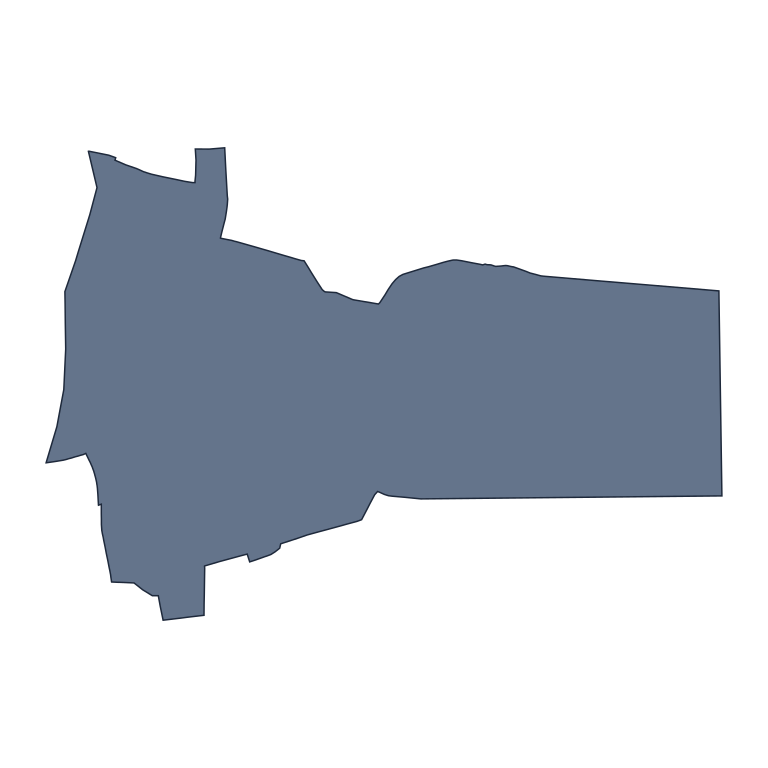 Al Tibbin, Al Qahirah, Egypt (Robinson projection)
{"feature_id": "37247803B18410334160069", "entity_name": "Al Tibbin", "entity_type": "district", "adm_level": 2, "iso_a3": "EGY", "parent_name": "Egypt", "parent_adm1": "Al Qahirah", "projection": "robinson", "projection_center": [31.32, 29.779], "detail": "fine", "context": "isolated", "style": "filled", "palette": "slate", "viewbox_px": 768, "rotation_deg": 0, "n_neighbors": 0, "source": "geoboundaries", "source_scale": "gbopen_adm2", "svg_char_len": 3185}
<svg xmlns="http://www.w3.org/2000/svg" viewBox="0 0 768 768"><path d="M485.1,264.1L482.7,264.9L480.1,264.3L472.0,262.8L461.4,260.7L456.6,260.0L453.6,260.0L452.7,260.1L451.7,260.3L447.3,261.3L443.2,262.4L436.9,264.3L428.3,266.8L423.8,267.9L413.8,271.0L407.7,272.9L402.9,274.4L399.2,276.4L395.7,279.5L392.1,283.7L388.2,289.5L385.1,294.7L379.8,302.7L379.1,303.4L378.4,304.0L353.5,299.8L352.8,299.6L352.2,299.4L336.3,292.6L325.2,291.9L324.5,291.5L323.9,291.1L322.2,289.6L317.0,281.6L311.5,272.8L308.3,267.5L304.1,260.8L301.4,260.5L295.0,258.7L291.1,257.5L283.8,255.4L273.7,252.4L267.7,250.6L262.1,249.0L254.9,246.9L248.5,245.1L242.9,243.5L235.8,241.5L235.1,241.4L234.4,241.2L231.7,240.4L227.0,239.5L224.5,239.0L222.1,238.5L220.5,238.2L220.5,237.7L221.9,231.8L224.2,222.8L225.2,219.1L226.4,211.6L227.0,207.3L227.3,204.6L227.7,199.1L227.3,195.8L226.8,187.2L225.8,169.7L224.7,147.8L209.1,149.1L195.3,149.0L196.0,160.1L195.6,175.3L195.0,181.2L195.0,181.9L195.0,182.6L192.7,182.6L190.0,182.2L184.5,181.3L176.1,179.5L162.9,176.8L151.5,174.2L147.2,172.9L144.9,172.1L144.1,171.9L143.3,171.6L140.5,170.3L138.3,169.3L137.5,169.0L136.7,168.6L125.6,164.8L115.0,160.2L115.7,157.7L114.9,157.4L114.1,157.1L108.8,155.2L88.9,151.2L88.7,151.2L88.4,151.3L97.0,187.6L89.8,214.7L78.4,251.4L75.6,260.7L64.9,291.6L65.1,304.4L65.3,323.4L65.7,349.0L63.8,389.6L58.8,416.3L56.9,426.6L46.1,462.8L46.4,462.8L46.6,462.8L46.9,462.7L53.2,461.8L56.5,461.3L60.1,460.7L63.2,460.2L66.1,459.5L68.7,458.7L71.5,458.0L75.2,456.8L78.0,456.1L80.5,455.3L83.2,454.6L85.8,453.4L88.6,459.2L89.0,460.1L89.4,460.8L90.4,462.8L91.1,464.5L91.7,465.8L92.3,467.1L92.7,468.4L93.2,469.7L93.8,471.3L94.1,472.5L94.5,473.7L94.8,475.0L95.3,476.7L95.8,478.7L96.2,480.5L96.6,482.3L96.8,483.9L97.1,485.6L97.4,488.2L97.9,494.8L98.2,500.6L98.4,503.9L98.4,504.6L98.5,505.2L101.0,504.3L101.3,504.2L101.3,510.3L101.3,514.1L101.4,518.9L101.4,524.6L101.6,527.4L101.8,530.4L102.4,533.8L103.2,537.3L103.7,540.2L105.1,547.0L106.3,553.4L107.8,560.5L109.1,567.3L109.8,570.6L110.6,574.8L110.9,577.3L111.4,580.7L111.5,581.5L111.6,582.0L118.0,582.3L119.2,582.3L124.4,582.5L133.1,582.9L134.1,583.0L142.7,589.8L152.3,595.7L158.3,595.7L160.3,606.6L163.1,620.2L181.6,618.0L187.7,617.2L204.0,615.3L204.1,603.5L204.3,594.4L204.6,574.2L204.7,568.1L204.5,566.1L204.8,565.9L219.4,561.6L241.1,555.7L247.2,554.1L249.7,561.9L255.2,560.1L262.8,557.4L264.7,556.7L266.9,556.0L270.9,554.5L275.0,551.9L279.7,548.2L280.7,543.8L297.6,538.3L307.1,535.0L318.4,531.9L324.0,530.4L341.3,525.7L346.2,524.3L357.0,521.4L361.6,519.7L367.2,509.0L369.8,503.9L374.7,494.7L377.6,491.5L379.7,492.3L384.3,494.4L388.4,495.7L392.2,496.2L404.9,497.3L420.8,498.9L721.9,495.9L718.9,290.9L611.4,281.9L602.7,281.2L543.6,276.2L541.9,276.0L541.1,275.9L540.2,275.7L538.4,275.2L537.9,275.1L537.3,274.9L535.5,274.4L533.1,273.8L532.8,273.7L530.0,273.0L529.6,272.8L529.3,272.7L526.1,271.4L517.8,268.4L513.6,266.9L512.9,266.8L512.1,266.7L510.5,266.4L507.6,265.7L505.8,265.5L505.1,265.6L504.4,265.6L501.3,266.0L498.7,266.2L498.3,266.2L495.6,266.4L494.7,266.1L493.8,265.9L493.2,265.6L492.2,265.3L491.0,264.9L490.8,264.9L490.0,264.8L487.1,264.7L485.1,264.1Z" fill="#64748b" stroke="#1e293b" stroke-width="1.5"/></svg>